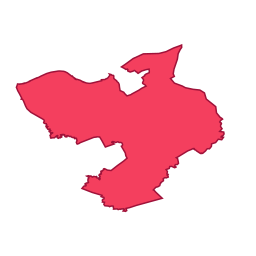 Zaļesjes pag., Zilupes, Latvia (Natural Earth projection), rotated 341°
{"feature_id": "27541924B33285860517164", "entity_name": "Zaļesjes pag.", "entity_type": "district", "adm_level": 2, "iso_a3": "LVA", "parent_name": "Latvia", "parent_adm1": "Zilupes", "projection": "natural_earth1", "projection_center": [28.074, 56.351], "detail": "fine", "context": "isolated", "style": "filled", "palette": "rose", "viewbox_px": 256, "rotation_deg": 341, "n_neighbors": 0, "source": "geoboundaries", "source_scale": "gbopen_adm2", "svg_char_len": 5661}
<svg xmlns="http://www.w3.org/2000/svg" viewBox="0 0 256 256"><g transform="rotate(341 128 128)"><path d="M110.8,203.9L137.5,205.6L133.4,197.8L132.5,195.6L131.8,194.8L135.0,193.1L137.1,193.3L139.3,192.8L140.4,191.0L141.3,190.6L141.3,190.3L144.3,189.4L144.7,188.5L144.6,187.6L144.8,187.5L146.1,187.0L146.9,187.0L147.8,187.6L150.1,187.5L150.3,185.4L150.0,185.2L150.5,185.0L150.4,184.9L150.6,184.8L150.2,184.5L150.3,184.4L150.0,183.9L151.1,182.0L150.5,179.7L153.8,179.7L154.9,178.0L156.8,178.5L159.1,180.7L160.6,180.7L160.7,180.4L159.8,179.2L160.3,178.4L161.2,178.1L162.7,178.6L164.2,177.9L164.6,175.9L164.9,173.0L164.0,171.8L165.7,171.6L177.0,169.1L181.0,168.9L182.9,168.6L183.1,168.7L183.1,169.0L183.4,169.0L183.3,169.3L183.8,169.6L184.0,169.6L184.0,170.3L184.8,170.8L185.3,171.9L188.0,175.4L188.6,175.9L188.8,175.6L189.2,175.6L190.3,176.3L193.9,174.9L195.4,173.8L196.3,173.5L197.0,173.6L197.9,174.1L198.2,174.2L198.8,173.9L200.8,172.6L201.1,172.1L201.8,170.2L206.1,170.3L209.7,168.0L212.8,169.6L215.2,167.9L213.1,166.8L213.5,166.3L215.3,166.1L216.4,165.4L216.9,164.8L217.2,163.0L213.6,161.1L216.7,159.3L216.0,156.8L216.7,155.1L217.5,154.7L217.8,154.3L217.7,153.4L217.0,152.9L216.7,152.1L218.3,150.9L220.3,150.4L220.1,149.8L218.5,147.7L216.6,142.5L217.9,136.4L211.4,126.1L211.7,119.7L208.3,115.5L202.1,112.6L195.4,108.6L193.0,106.0L186.5,100.7L184.3,95.0L188.6,94.3L188.4,91.5L190.6,87.4L197.1,79.0L199.6,74.1L202.9,70.8L205.0,69.3L205.7,67.0L204.1,67.1L197.2,67.2L188.7,68.2L181.5,67.6L166.6,62.9L155.5,64.0L145.8,67.0L141.7,68.1L143.8,70.3L145.1,72.0L146.5,72.0L146.9,72.6L146.4,73.8L146.6,74.5L147.6,75.0L147.8,75.4L148.4,75.8L151.4,75.9L152.5,75.6L153.0,75.8L153.9,77.4L154.7,78.2L154.7,78.6L155.3,79.6L159.4,78.6L160.4,78.6L163.9,78.7L167.1,79.2L166.5,81.6L166.1,82.6L162.4,82.9L160.9,83.5L160.8,84.0L157.6,84.9L158.2,86.5L158.4,87.6L158.0,88.4L156.6,89.8L156.4,90.4L156.5,90.8L158.0,92.6L158.7,94.3L153.9,94.9L150.5,95.8L142.5,97.1L141.7,97.4L137.5,97.3L136.1,94.4L135.6,92.8L132.7,90.0L133.3,86.4L133.8,84.2L133.8,83.3L133.6,82.0L132.6,80.3L132.7,79.7L131.6,78.1L130.7,76.5L131.5,74.2L131.4,73.6L129.8,72.7L129.5,72.0L128.0,71.0L128.2,71.8L127.9,72.3L125.4,74.0L124.2,74.4L123.4,74.2L122.6,74.6L121.8,74.6L118.6,73.7L118.5,74.7L109.0,73.8L106.9,73.5L105.7,73.1L103.3,71.9L100.7,69.7L100.7,70.0L100.0,69.4L99.5,68.8L99.5,68.6L98.2,67.2L95.5,65.2L95.1,65.4L94.2,64.9L94.5,64.6L93.7,63.8L94.0,63.7L92.7,62.0L92.3,60.8L91.8,60.9L88.6,56.1L86.8,54.3L85.7,53.5L81.8,51.8L80.3,51.4L73.4,50.2L68.8,50.0L62.5,50.6L60.0,51.0L58.1,51.1L58.1,50.9L50.1,51.6L50.1,51.9L46.8,52.1L44.5,52.1L44.6,51.8L43.3,51.7L43.2,51.9L40.4,51.4L40.5,51.3L39.3,51.0L37.9,50.4L37.3,51.3L35.7,53.2L35.8,54.5L35.9,56.9L36.6,60.7L37.2,65.0L36.4,66.0L37.5,66.4L37.9,67.7L38.0,68.5L38.3,74.0L38.8,77.0L41.3,81.6L50.2,91.7L51.1,92.9L51.2,94.3L50.1,95.1L50.0,95.5L50.1,95.9L50.6,96.5L52.1,97.3L52.0,97.9L52.2,98.5L51.7,98.7L51.6,99.2L51.2,99.4L51.0,99.6L51.3,99.9L52.0,99.9L52.5,100.5L51.3,100.7L51.1,100.9L51.0,101.1L51.7,101.7L51.7,102.9L52.4,103.5L53.6,103.5L53.8,103.6L53.6,104.3L54.0,105.1L53.6,105.2L52.5,105.1L52.3,105.3L52.4,105.9L53.4,106.8L53.1,107.3L53.1,107.7L53.7,107.8L54.8,107.6L55.2,107.9L55.1,108.2L54.8,108.3L53.4,108.3L53.1,109.0L51.9,109.5L51.8,109.9L52.0,110.6L51.6,111.9L51.6,112.3L52.3,112.6L52.8,112.5L53.5,112.8L54.1,112.8L54.5,113.1L55.4,113.3L56.7,112.6L58.4,112.1L59.0,112.2L59.1,112.4L58.9,112.7L57.9,113.6L57.9,113.9L58.5,114.5L58.5,114.8L58.6,115.0L58.9,115.1L60.2,114.8L60.9,115.2L61.0,115.1L61.0,114.6L61.7,114.6L61.9,114.7L62.1,115.0L62.5,114.9L62.5,114.7L62.1,114.1L62.1,113.9L62.6,113.7L62.1,113.3L62.4,112.9L62.3,112.5L64.4,112.9L64.6,113.5L65.1,113.3L65.4,113.4L65.9,113.9L65.5,115.0L65.9,115.9L67.1,115.6L67.0,116.3L67.2,116.5L68.3,115.6L68.7,115.6L69.9,117.0L71.3,117.3L71.4,117.9L72.3,118.8L73.3,119.3L73.8,119.2L74.3,119.5L74.0,120.3L74.1,120.7L74.4,120.7L74.7,120.6L75.5,120.7L75.9,121.0L75.9,121.3L75.7,121.7L75.6,122.1L75.6,122.6L75.9,122.9L75.7,123.4L74.5,124.6L74.5,126.1L74.6,126.5L74.9,126.7L76.6,126.7L78.1,126.3L92.7,125.7L95.4,126.3L95.8,126.2L98.3,127.3L99.2,131.4L100.4,138.6L109.7,138.6L109.1,137.3L107.9,136.4L108.0,136.1L109.1,135.8L110.2,136.4L111.5,137.7L113.9,137.7L114.3,138.0L114.7,138.7L115.3,139.0L116.5,139.3L117.1,139.8L117.4,140.3L117.5,141.0L117.4,142.2L116.3,143.1L115.8,143.1L117.3,150.6L116.9,153.6L117.3,156.2L113.0,157.9L105.7,160.1L98.2,162.7L94.8,161.1L93.2,159.4L92.3,158.7L91.9,158.7L92.0,159.0L91.9,159.4L91.5,159.5L90.8,159.5L89.9,160.2L89.6,160.3L88.8,159.9L88.3,160.1L88.1,160.5L88.4,160.7L88.4,161.2L88.2,161.6L87.6,161.9L87.8,162.7L86.8,162.9L86.5,162.9L86.1,162.5L85.9,162.6L85.2,163.2L85.8,164.7L84.5,165.6L84.5,165.8L85.2,166.3L85.2,166.6L84.9,166.9L84.8,167.3L84.4,167.6L83.8,167.0L83.8,166.2L83.5,165.7L82.4,165.1L82.3,164.8L82.6,163.8L82.5,163.6L81.4,163.6L80.4,162.9L79.7,162.6L79.3,162.6L78.7,162.9L77.9,162.3L77.6,161.6L77.2,161.2L76.4,161.3L75.3,160.3L73.4,160.1L74.9,161.9L74.7,162.4L74.4,162.7L73.5,163.2L73.4,163.4L73.5,163.9L72.8,165.0L73.0,166.4L72.8,166.6L72.0,166.8L71.3,166.5L69.3,166.7L69.1,167.0L69.8,167.8L69.5,168.9L69.0,169.0L68.2,168.6L67.1,168.7L64.8,170.2L73.2,177.3L81.5,183.2L80.2,184.1L81.4,185.1L82.5,185.6L82.6,185.8L82.5,186.7L82.2,187.2L80.9,187.3L80.5,187.5L80.2,187.9L80.1,189.2L79.7,189.7L81.6,190.6L80.3,192.4L80.8,194.0L84.4,195.6L84.9,196.4L86.7,196.3L87.3,196.6L88.4,196.9L88.5,197.1L88.5,197.9L88.1,198.7L88.4,199.5L88.0,200.0L91.5,201.0L92.1,201.9L93.8,202.0L94.3,202.4L95.3,202.3L95.8,202.7L96.4,202.8L97.1,202.7L98.1,203.6L96.4,204.9L97.8,205.5L98.4,206.0L99.9,205.7L100.0,203.4L103.6,203.8L110.8,203.9Z" fill="#f43f5e" stroke="#9f1239" stroke-width="1.5"/></g></svg>